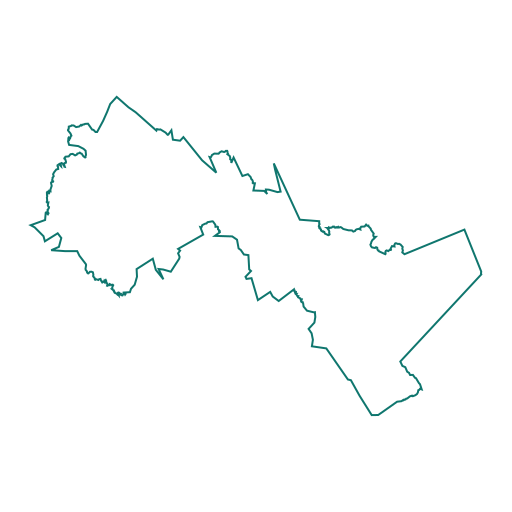 Ocampo, Durango, Mexico (Albers equal-area conic projection)
{"feature_id": "50627088B65155836914423", "entity_name": "Ocampo", "entity_type": "district", "adm_level": 2, "iso_a3": "MEX", "parent_name": "Mexico", "parent_adm1": "Durango", "projection": "albers", "projection_center": [-105.7, 26.458], "detail": "fine", "context": "isolated", "style": "outline", "palette": "teal", "viewbox_px": 512, "rotation_deg": 0, "n_neighbors": 0, "source": "geoboundaries", "source_scale": "gbopen_adm2", "svg_char_len": 5978}
<svg xmlns="http://www.w3.org/2000/svg" viewBox="0 0 512 512"><path d="M34.6,227.3L43.5,236.2L44.9,241.3L57.7,233.3L61.3,238.0L58.9,246.9L51.2,250.2L64.6,251.1L77.2,251.1L79.4,255.7L85.9,264.2L86.1,265.0L85.5,268.8L85.7,269.9L86.9,271.3L87.1,272.5L87.8,273.3L88.4,273.4L89.9,271.8L91.5,271.7L92.9,272.3L93.4,274.9L93.1,276.1L93.7,277.1L94.4,277.5L94.9,279.6L95.3,279.7L95.5,279.0L98.4,280.0L99.1,279.2L100.5,278.9L101.0,280.5L102.2,282.4L103.1,281.5L104.2,282.2L104.4,281.2L104.9,282.0L105.1,281.2L104.8,280.6L105.7,279.9L106.2,280.9L106.0,282.3L106.5,282.4L107.5,284.4L107.1,285.7L107.6,285.8L108.2,285.1L109.6,285.2L109.7,284.1L111.9,285.1L112.7,284.7L113.2,285.2L112.2,287.4L112.5,289.0L112.0,289.1L113.4,290.3L114.0,291.5L114.2,291.2L115.0,293.0L116.5,293.5L117.2,294.3L117.9,292.8L118.3,292.5L119.0,292.7L119.1,293.7L118.5,293.6L118.3,294.0L118.2,294.7L118.7,295.3L118.6,294.5L119.2,294.7L120.0,293.6L120.5,293.6L120.8,293.7L120.5,294.4L121.3,295.2L122.5,295.4L123.3,294.0L124.8,294.0L125.1,294.6L125.6,293.9L125.6,293.3L122.7,292.6L129.9,292.2L131.0,288.8L134.7,284.7L137.0,276.7L136.6,269.1L152.8,258.7L155.8,269.8L163.4,279.3L158.6,269.0L163.1,269.5L170.8,271.7L179.2,258.7L179.6,256.9L178.1,253.3L180.1,250.6L178.1,248.9L203.2,234.6L200.3,227.1L201.4,227.4L202.3,225.1L205.3,223.6L206.5,223.5L207.5,222.2L212.3,221.3L213.0,221.5L215.3,224.7L215.5,226.8L217.2,226.6L217.9,227.0L218.0,229.3L219.0,230.1L219.0,230.7L219.4,230.6L219.8,231.1L219.6,231.7L219.8,232.3L214.9,235.9L232.2,236.4L237.0,239.7L238.6,248.4L240.8,250.0L243.9,254.5L248.4,255.1L249.2,269.4L251.0,271.0L245.5,276.8L246.5,278.9L251.5,278.2L257.9,300.1L270.2,291.9L272.7,296.5L278.7,301.0L293.9,289.4L294.0,290.7L294.3,291.1L294.7,290.9L295.0,292.5L295.9,292.2L295.8,293.9L296.2,293.9L296.0,294.1L297.0,295.3L297.3,296.0L298.2,296.1L297.9,296.7L298.1,297.3L300.3,298.4L300.5,299.3L301.3,299.3L300.9,299.9L301.0,300.3L301.5,300.2L301.1,301.4L301.4,301.9L302.6,302.2L302.5,302.6L303.1,303.1L303.6,306.6L307.0,310.7L314.1,312.4L314.9,312.2L315.3,317.0L314.4,322.6L308.6,328.9L311.6,333.3L312.9,339.8L311.9,346.3L326.3,348.4L347.9,379.5L350.9,380.2L359.6,395.8L371.7,415.1L378.2,415.0L397.1,401.7L401.4,401.2L403.0,400.1L403.2,400.4L403.9,400.1L404.3,399.5L405.5,399.5L406.1,398.7L407.2,398.5L410.0,396.3L411.4,395.8L412.0,396.1L412.3,395.7L413.1,396.1L415.4,395.2L417.0,394.0L417.9,392.4L418.3,390.2L419.2,389.9L420.0,388.8L421.7,389.4L420.0,384.2L419.0,383.2L416.0,378.2L415.0,377.8L412.9,374.9L410.1,375.0L409.0,372.8L407.2,371.7L405.3,367.2L402.4,365.9L400.3,361.5L481.3,274.4L481.0,273.7L481.2,271.5L464.4,229.6L404.5,254.2L402.3,252.4L402.9,250.4L402.3,248.7L402.7,247.0L400.6,244.6L399.1,243.8L398.0,244.0L395.9,243.2L395.1,243.5L394.3,245.1L394.5,246.5L392.0,246.1L390.6,248.7L391.0,249.7L390.8,250.0L389.6,249.9L388.3,251.1L386.7,250.4L385.8,250.9L385.4,251.9L385.6,253.8L385.3,254.2L379.0,251.3L378.6,250.5L378.1,250.5L377.4,249.5L377.2,247.7L376.0,247.2L375.0,248.0L372.0,247.4L371.0,246.3L370.4,244.6L371.0,243.5L371.4,241.8L372.7,239.6L373.3,239.4L375.7,236.9L373.9,236.9L373.6,236.5L373.2,235.1L373.7,233.6L370.9,229.7L370.7,228.6L368.6,226.4L368.4,225.6L367.3,225.8L366.1,224.6L364.6,226.5L361.2,226.7L360.2,228.1L360.3,228.5L359.8,228.6L360.1,229.4L358.7,228.9L357.0,229.2L355.8,229.8L355.0,231.0L353.3,231.6L351.9,230.4L348.5,230.3L343.3,229.0L341.3,227.4L340.4,227.1L338.9,227.6L338.2,226.8L337.3,227.6L336.6,227.5L336.7,227.1L336.1,227.1L335.9,227.6L335.1,227.7L334.2,227.3L334.0,226.6L332.8,226.6L331.5,227.7L330.3,227.7L329.7,228.1L328.8,227.3L328.3,228.0L327.2,228.0L327.8,228.4L327.8,228.9L329.0,230.6L329.3,231.7L329.1,232.9L329.6,234.3L329.3,234.8L328.3,235.2L324.8,233.5L324.3,231.9L323.1,231.9L322.9,231.2L321.8,231.2L321.4,230.9L321.0,230.4L321.1,229.8L320.8,229.2L319.4,228.3L319.1,227.0L319.5,226.9L318.8,226.2L319.2,224.7L319.6,224.1L319.2,223.5L319.2,221.2L299.8,219.7L273.8,163.4L275.1,169.7L280.6,191.6L277.5,192.1L269.0,189.7L265.9,189.5L266.1,192.2L267.3,194.0L264.2,190.9L253.4,190.5L254.9,183.3L253.1,183.3L252.8,183.0L253.2,182.6L252.9,182.3L252.8,181.1L252.1,179.7L251.4,179.3L250.6,177.0L247.9,174.2L242.4,176.0L233.6,157.5L231.3,162.9L231.3,159.9L230.2,159.3L230.2,157.5L229.7,156.0L227.4,154.2L227.9,153.6L227.6,153.3L227.5,151.7L227.2,150.9L225.8,150.9L224.8,151.8L224.1,152.0L221.6,151.3L219.5,152.5L219.3,153.0L218.6,153.7L214.3,153.6L211.9,155.1L211.2,156.8L210.6,157.4L209.6,157.1L216.3,172.7L202.1,160.3L183.4,137.1L180.1,140.7L172.9,139.7L171.4,130.3L168.2,134.7L167.6,134.8L165.6,132.6L160.4,129.4L159.1,129.6L157.0,129.1L156.4,130.6L135.7,112.3L128.5,107.3L116.7,96.9L110.2,104.0L107.2,111.7L103.1,120.9L97.1,132.0L95.5,132.0L93.5,129.9L92.1,129.6L88.0,123.7L85.0,123.9L84.0,124.5L83.2,124.4L81.6,125.5L81.0,124.9L79.2,126.5L76.1,127.1L73.7,125.5L71.6,125.4L71.0,126.0L68.8,126.6L68.7,128.9L68.1,129.5L68.0,130.4L70.5,133.5L71.4,135.7L70.7,136.3L70.1,138.4L69.2,138.4L68.7,137.6L68.4,138.0L68.3,139.1L69.1,139.3L69.2,139.7L69.1,140.2L68.1,140.9L68.1,141.4L69.1,144.9L78.3,146.1L83.5,148.8L85.6,150.7L86.0,154.9L85.4,156.5L85.5,157.3L85.1,157.5L83.4,156.3L81.7,153.7L80.9,153.5L79.8,152.6L78.8,153.3L77.3,153.6L76.8,154.6L75.1,155.4L72.7,153.9L70.5,154.2L68.7,156.4L65.5,156.7L64.3,158.3L64.5,158.8L65.2,159.1L66.0,161.8L65.9,162.7L64.6,163.1L64.0,164.4L64.8,166.8L64.4,166.7L64.2,165.7L63.5,165.2L62.9,163.7L61.5,163.0L60.7,163.5L60.6,164.1L61.0,166.2L60.2,165.4L59.3,164.0L57.5,165.3L57.5,166.1L58.0,166.8L58.2,169.0L56.3,169.5L54.1,172.3L53.1,174.2L53.7,176.2L52.5,177.8L52.6,178.7L52.2,179.8L52.2,180.4L53.2,181.3L53.1,181.7L51.5,182.1L51.0,182.8L51.7,185.9L50.4,189.7L50.5,191.2L49.1,190.7L48.6,191.7L49.3,192.8L49.0,193.4L48.0,193.4L47.9,192.1L47.4,191.8L46.9,192.4L47.0,195.4L47.3,196.0L46.9,197.5L47.2,200.5L46.7,202.0L47.1,202.5L48.4,202.4L47.8,205.3L48.3,206.5L49.0,207.1L48.7,208.4L47.5,210.0L47.8,210.5L47.5,211.5L48.5,213.2L47.9,214.3L46.0,212.5L45.7,212.8L45.1,220.0L30.7,225.2L34.6,227.3Z" fill="none" stroke="#0f766e" stroke-width="2"/></svg>